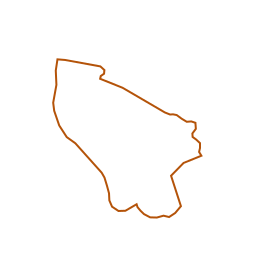 outline of Gulu, rotated 325°
{"feature_id": "UGA-3098", "entity_name": "Gulu", "entity_type": "County", "adm_level": 1, "iso_a3": "UGA", "parent_name": "Uganda", "parent_adm1": "", "projection": "natural_earth1", "projection_center": [32.435, 2.878], "detail": "fine", "context": "isolated", "style": "outline", "palette": "amber", "viewbox_px": 256, "rotation_deg": 325, "n_neighbors": 0, "source": "natural_earth", "source_scale": "10m", "svg_char_len": 757}
<svg xmlns="http://www.w3.org/2000/svg" viewBox="0 0 256 256"><g transform="rotate(325 128 128)"><path d="M141.9,67.0L139.5,69.8L135.5,69.8L133.4,71.7L146.6,91.9L167.1,136.4L170.2,141.1L172.7,142.6L175.3,145.3L177.3,151.2L179.7,156.6L183.6,158.9L186.2,162.4L183.1,167.6L177.6,169.4L175.8,172.4L177.2,176.5L178.3,181.7L175.5,185.7L172.5,188.4L172.2,192.8L153.5,188.5L135.9,191.8L126.5,222.4L117.9,224.7L110.6,224.5L106.8,220.2L100.3,217.9L94.9,213.9L91.7,207.7L90.8,203.0L90.4,198.3L91.3,195.4L78.4,194.3L72.6,190.5L69.8,183.3L71.2,176.6L75.0,170.6L77.7,163.1L80.3,155.1L80.8,149.5L76.1,110.3L72.6,100.3L73.1,86.5L77.4,71.6L81.2,64.4L94.1,51.6L101.8,39.5L109.6,31.3L115.5,36.2L140.7,61.7L141.9,67.0Z" fill="none" stroke="#b45309" stroke-width="2"/></g></svg>